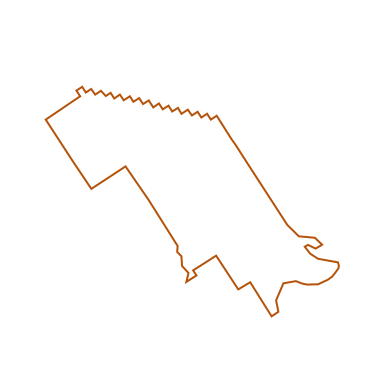 Perry, Arkansas, United States of America (orthographic projection), rotated 56°
{"feature_id": "52423323B97917914395582", "entity_name": "Perry", "entity_type": "district", "adm_level": 2, "iso_a3": "USA", "parent_name": "United States of America", "parent_adm1": "Arkansas", "projection": "orthographic", "projection_center": [-92.912, 34.944], "detail": "fine", "context": "isolated", "style": "outline", "palette": "amber", "viewbox_px": 384, "rotation_deg": 56, "n_neighbors": 0, "source": "geoboundaries", "source_scale": "gbopen_adm2", "svg_char_len": 1070}
<svg xmlns="http://www.w3.org/2000/svg" viewBox="0 0 384 384"><g transform="rotate(56 192 192)"><path d="M133.1,273.7L133.6,232.8L174.3,232.4L228.7,234.1L233.4,237.8L239.3,236.7L247.8,241.6L257.2,240.2L263.4,247.0L263.7,235.0L257.6,234.9L258.3,207.6L298.6,208.1L299.4,194.2L323.2,195.0L339.6,195.5L339.6,188.1L339.6,187.4L328.9,182.9L318.8,167.3L324.0,155.7L329.6,151.8L333.0,148.5L339.0,139.1L340.7,128.5L340.5,123.2L339.3,119.1L337.2,113.3L335.3,111.5L332.0,110.3L317.9,124.8L309.3,128.5L300.4,129.1L300.7,125.4L308.0,121.2L308.5,113.6L298.7,115.7L288.5,128.2L272.6,131.4L197.7,130.0L177.0,129.5L170.0,129.7L146.7,129.0L142.6,128.9L142.5,135.9L135.6,135.7L135.5,142.6L128.6,142.5L128.5,149.3L121.4,149.4L121.3,157.0L114.4,156.6L114.2,163.4L107.3,163.2L107.1,170.0L100.1,169.9L100.2,176.8L91.9,176.6L91.7,183.4L84.6,183.3L84.4,190.2L77.9,190.0L77.8,197.3L70.9,197.3L71.0,204.2L64.3,204.0L64.2,209.8L57.2,210.9L57.1,217.8L50.2,218.0L50.2,224.4L43.4,224.2L43.3,231.1L50.1,231.2L50.2,272.8L99.2,273.6L133.1,273.7Z" fill="none" stroke="#b45309" stroke-width="2"/></g></svg>